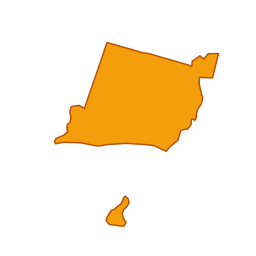 outline of Washington, Rhode Island, United States of America, rotated 17°
{"feature_id": "52423323B82979522420472", "entity_name": "Washington", "entity_type": "district", "adm_level": 2, "iso_a3": "USA", "parent_name": "United States of America", "parent_adm1": "Rhode Island", "projection": "mercator", "projection_center": [-71.592, 41.4], "detail": "fine", "context": "isolated", "style": "filled", "palette": "amber", "viewbox_px": 256, "rotation_deg": 17, "n_neighbors": 0, "source": "geoboundaries", "source_scale": "gbopen_adm2", "svg_char_len": 1307}
<svg xmlns="http://www.w3.org/2000/svg" viewBox="0 0 256 256"><g transform="rotate(17 128 128)"><path d="M62.5,158.9L62.0,160.3L61.8,162.9L63.4,164.2L70.2,160.6L84.0,156.8L87.5,155.9L100.3,154.7L102.8,154.5L108.3,152.4L112.2,150.2L130.5,143.3L150.5,138.5L158.7,137.2L159.7,137.4L162.6,137.9L171.3,139.1L173.7,133.6L179.3,125.2L179.2,115.5L179.5,115.2L181.2,113.4L183.4,112.2L183.6,112.2L184.4,112.3L185.6,110.9L187.0,107.4L187.2,105.3L186.4,103.0L186.4,101.0L188.6,100.3L189.2,101.3L190.0,100.3L190.2,98.2L190.1,96.6L189.5,95.6L189.1,90.3L189.6,88.3L191.0,83.5L191.0,80.8L190.3,76.4L189.0,75.2L183.0,64.7L181.5,58.8L191.3,56.1L194.2,55.3L192.8,30.4L183.0,33.5L180.5,39.8L175.7,38.0L169.9,45.3L170.9,50.2L167.0,50.2L160.0,50.2L153.5,50.4L124.9,50.8L120.7,51.7L83.0,52.4L82.1,79.4L81.8,87.5L80.6,121.7L80.6,121.8L74.6,120.7L68.5,123.6L67.6,124.4L67.4,126.0L67.8,130.0L70.3,134.2L70.5,136.0L70.8,139.4L69.0,142.2L69.6,145.9L71.4,149.5L68.7,153.6L62.5,158.9ZM133.8,220.2L134.2,222.9L137.6,225.3L139.4,225.6L151.5,223.5L152.9,222.7L153.8,219.8L153.6,218.4L151.9,217.7L148.9,214.1L147.5,211.0L147.9,206.8L149.9,203.3L150.8,200.0L150.6,198.5L148.8,195.7L145.2,194.1L144.3,195.6L144.1,199.4L143.3,203.1L140.6,206.3L139.0,209.4L136.0,211.8L133.8,220.2Z" fill="#f59e0b" stroke="#b45309" stroke-width="1.5"/></g></svg>